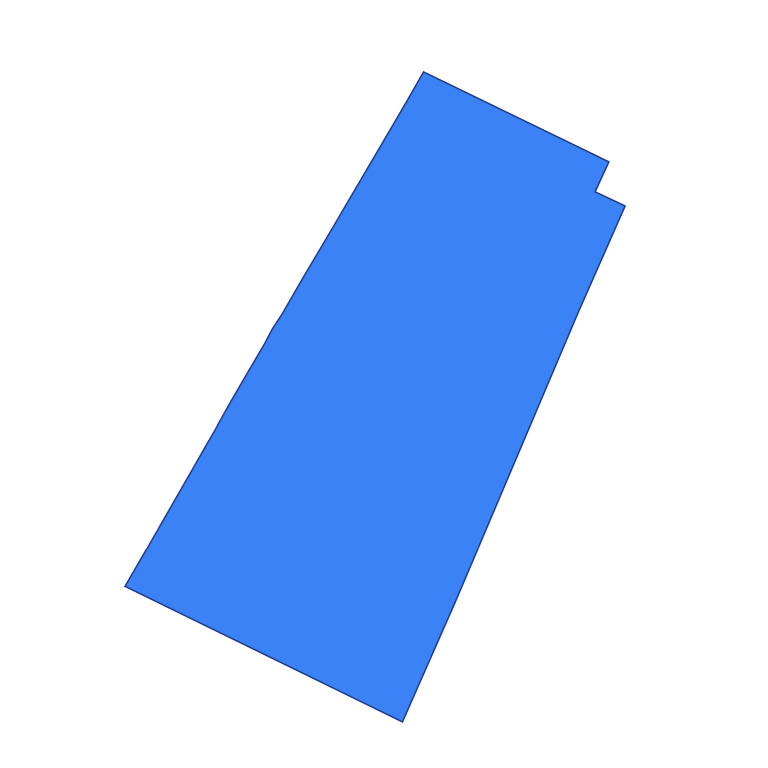 Lamar, Alabama, United States of America (orthographic projection), rotated 24°
{"feature_id": "52423323B13336232488859", "entity_name": "Lamar", "entity_type": "district", "adm_level": 2, "iso_a3": "USA", "parent_name": "United States of America", "parent_adm1": "Alabama", "projection": "orthographic", "projection_center": [-88.184, 33.791], "detail": "fine", "context": "isolated", "style": "filled", "palette": "blue", "viewbox_px": 768, "rotation_deg": 24, "n_neighbors": 0, "source": "geoboundaries", "source_scale": "gbopen_adm2", "svg_char_len": 552}
<svg xmlns="http://www.w3.org/2000/svg" viewBox="0 0 768 768"><g transform="rotate(24 384 384)"><path d="M532.3,238.7L531.9,123.3L498.7,122.6L499.1,89.6L293.2,82.8L289.9,115.6L287.6,136.8L275.2,246.9L275.1,248.2L275.1,248.4L272.6,270.5L266.7,320.9L262.4,361.9L259.6,379.1L258.6,394.9L254.0,436.3L250.9,464.9L248.8,488.4L248.7,491.7L247.2,506.3L247.0,507.2L241.7,559.8L236.9,606.3L236.8,608.8L235.9,616.7L235.0,625.8L234.6,630.4L234.1,632.7L229.7,674.2L538.3,685.2L537.8,553.0L532.3,238.7Z" fill="#3b82f6" stroke="#1e3a8a" stroke-width="1.5"/></g></svg>